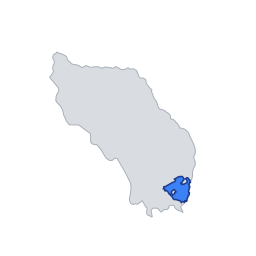 Zala highlighted on a map of Hungary, rotated 243°
{"feature_id": "HUN-3159", "entity_name": "Zala", "entity_type": "County", "adm_level": 1, "iso_a3": "HUN", "parent_name": "Hungary", "parent_adm1": "", "projection": "robinson", "projection_center": [16.808, 46.674], "detail": "fine", "context": "in_parent", "style": "filled", "palette": "blue", "viewbox_px": 256, "rotation_deg": 243, "n_neighbors": 0, "source": "natural_earth", "source_scale": "10m", "svg_char_len": 3968}
<svg xmlns="http://www.w3.org/2000/svg" viewBox="0 0 256 256"><g transform="rotate(243 128 128)"><path d="M205.6,81.7L208.4,81.4L208.5,81.4L209.2,81.6L209.7,83.3L209.8,83.4L210.5,84.6L211.2,86.1L212.2,87.2L214.4,87.7L217.2,89.1L219.1,91.7L221.9,92.8L222.1,92.8L222.7,92.7L224.7,92.6L225.1,93.1L226.7,94.4L227.3,95.6L227.1,96.8L227.4,98.1L228.0,98.6L227.3,99.5L222.3,104.1L220.3,105.3L219.0,105.6L216.9,105.1L214.7,105.4L212.8,106.4L211.0,106.7L209.7,107.9L208.0,110.4L205.9,112.5L203.7,113.8L202.6,115.0L202.6,119.0L201.4,120.2L199.8,121.4L199.0,122.4L196.6,128.6L194.8,130.5L193.0,132.0L192.8,133.4L192.9,135.0L190.9,138.2L188.3,141.5L187.8,142.8L188.5,144.6L186.0,146.7L184.5,147.7L183.3,148.2L182.6,149.5L181.4,152.7L181.7,154.1L181.8,155.4L179.7,156.2L179.1,157.6L178.5,159.4L177.7,160.2L175.3,161.7L169.2,161.1L166.9,161.6L166.3,162.6L166.1,163.5L165.4,164.3L164.0,165.3L162.6,165.7L159.5,164.5L152.7,165.8L151.6,166.7L150.6,166.0L149.2,165.4L142.4,164.7L139.7,165.3L136.1,165.1L132.8,164.4L130.4,164.9L128.2,167.4L127.1,168.3L126.3,168.8L124.4,169.6L122.9,170.6L120.8,171.3L119.0,171.2L117.2,170.1L116.6,170.3L116.0,171.3L115.1,172.2L112.5,173.2L111.8,173.2L111.6,173.2L109.6,174.0L106.3,174.4L104.7,174.1L101.7,177.6L100.7,178.2L97.9,179.3L95.5,179.8L93.5,179.4L92.7,179.4L83.7,179.2L79.0,178.4L76.0,177.1L74.0,175.6L73.0,173.9L70.7,172.9L67.1,172.5L64.2,170.8L62.1,167.8L59.4,165.5L55.9,163.7L53.1,161.3L51.1,158.1L47.4,155.3L42.1,152.7L40.5,152.2L40.2,151.4L37.6,148.2L36.5,147.0L36.6,145.5L36.1,144.6L35.2,144.0L34.7,141.7L34.4,140.0L33.6,139.0L28.0,138.7L32.7,134.7L35.1,133.6L37.8,133.8L38.7,133.4L38.9,132.8L39.4,131.5L39.6,130.3L39.9,129.1L39.6,128.5L38.3,128.3L37.6,125.4L38.3,124.3L39.0,123.6L38.1,120.1L38.4,118.9L40.5,118.7L42.3,118.0L43.7,117.1L44.1,116.0L45.3,113.8L44.2,111.1L38.1,109.4L37.8,108.7L39.2,107.9L40.7,106.9L41.6,106.0L42.8,105.9L44.5,106.3L47.4,108.3L48.5,108.6L49.6,108.0L50.8,107.9L54.1,107.9L56.8,107.5L56.2,105.4L56.2,103.9L55.7,102.7L56.0,101.4L57.1,100.3L57.5,98.0L59.2,96.4L60.0,96.2L63.0,96.5L63.7,96.9L64.2,97.0L69.0,100.8L73.6,103.7L77.3,105.2L82.8,105.3L88.7,105.4L98.4,104.9L105.7,104.5L106.2,103.8L107.3,102.1L106.4,100.6L106.4,98.9L107.6,96.7L111.2,94.8L121.5,94.0L127.5,92.6L128.3,90.7L130.3,88.8L132.1,88.4L134.5,89.3L137.5,90.9L140.2,91.8L141.7,91.2L146.9,88.4L152.9,85.7L156.9,78.3L157.3,77.2L161.8,76.3L168.3,76.5L171.7,77.4L174.2,77.9L178.0,77.8L183.5,76.2L185.5,76.2L187.1,77.3L188.8,78.3L190.0,79.5L190.9,81.2L191.4,81.8L192.2,82.7L193.6,83.8L195.0,84.2L205.0,82.1L205.6,81.7Z" fill="#d9dde1" stroke="#a8b0b8" stroke-width="1"/><path d="M42.3,153.3L41.9,152.9L40.7,152.2L40.1,150.5L39.1,149.8L38.0,148.3L36.9,147.8L36.4,147.4L36.2,147.1L36.1,146.9L36.4,146.5L37.0,146.3L37.2,146.1L37.4,145.9L37.2,145.2L36.8,145.0L36.2,145.0L36.1,144.9L37.7,142.9L37.4,141.6L38.8,141.6L40.1,140.9L40.7,139.9L42.0,138.8L42.6,138.1L42.9,137.3L43.4,136.6L44.5,136.1L47.5,136.0L48.5,135.3L49.2,135.5L49.8,135.5L50.1,134.8L51.5,134.6L52.2,134.7L53.5,134.4L54.8,133.8L55.0,133.4L54.9,132.9L55.3,132.4L56.0,132.4L56.1,132.7L56.3,132.9L56.6,132.8L57.0,132.9L57.8,131.9L58.1,132.3L58.5,132.7L59.2,133.0L59.4,133.3L59.3,133.7L59.0,134.1L58.9,134.6L59.3,142.9L58.9,145.5L59.9,146.7L61.4,146.1L61.6,151.0L61.2,152.3L60.7,153.1L60.3,154.3L57.0,155.0L56.1,153.5L55.9,152.2L55.1,151.5L54.8,149.9L53.5,150.0L53.3,151.4L52.5,151.6L52.5,152.7L52.5,154.1L52.6,155.8L53.8,156.6L55.4,156.7L56.5,156.3L57.0,157.2L56.9,158.1L56.3,158.7L55.8,158.8L55.3,158.8L53.2,159.5L52.5,158.8L51.3,159.1L51.1,158.6L51.2,158.0L50.9,157.4L50.7,157.2L50.5,156.9L50.1,156.5L49.9,156.5L49.8,156.8L49.6,156.7L49.3,156.4L49.2,156.3L48.3,156.1L48.0,156.0L47.8,156.5L47.6,156.5L47.3,155.9L46.4,155.4L45.8,154.8L45.3,154.1L44.8,153.5L44.1,153.1L43.3,153.0L43.1,152.8L42.8,152.8L42.7,152.9L42.5,153.3L42.3,153.3ZM49.3,141.8L51.2,141.5L52.3,141.1L51.8,138.2L50.3,137.1L48.1,137.4L48.2,139.7L49.3,140.3L49.3,141.8Z" fill="#3b82f6" stroke="#1e3a8a" stroke-width="1.5"/></g></svg>